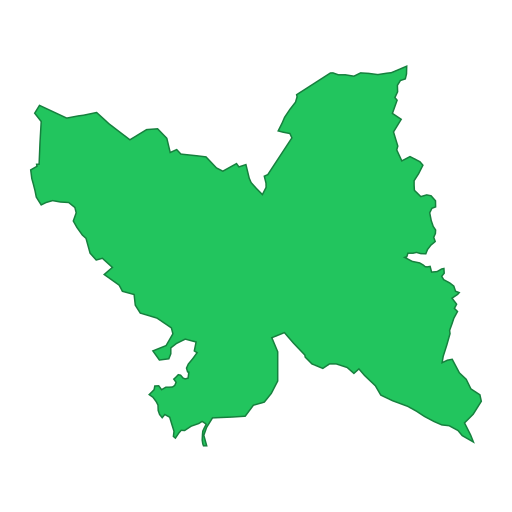 the district of Goudi, Paphos, Cyprus
{"feature_id": "46923920B75616749522000", "entity_name": "Goudi", "entity_type": "district", "adm_level": 2, "iso_a3": "CYP", "parent_name": "Cyprus", "parent_adm1": "Paphos", "projection": "mercator", "projection_center": [32.446, 34.992], "detail": "fine", "context": "isolated", "style": "filled", "palette": "green", "viewbox_px": 512, "rotation_deg": 0, "n_neighbors": 0, "source": "geoboundaries", "source_scale": "gbopen_adm2", "svg_char_len": 3287}
<svg xmlns="http://www.w3.org/2000/svg" viewBox="0 0 512 512"><path d="M296.6,94.7L297.1,96.8L295.5,102.2L289.9,109.4L284.6,117.3L282.3,122.7L278.2,130.9L283.1,132.2L289.9,133.5L291.9,137.9L267.8,174.6L264.3,176.2L266.0,183.1L266.1,187.4L262.4,194.6L256.4,188.5L251.1,182.6L249.2,178.2L245.9,164.6L238.9,166.9L236.5,163.6L222.8,171.2L216.4,167.9L206.0,156.9L197.0,155.8L180.9,154.1L176.7,149.6L170.2,152.5L166.8,138.3L157.6,128.8L146.6,129.6L129.9,139.8L109.2,124.0L104.1,119.3L96.6,112.5L83.7,115.2L78.4,115.9L66.7,118.1L39.5,105.4L34.7,113.2L41.2,121.5L40.0,142.7L39.1,164.2L36.6,164.3L37.0,166.3L30.7,169.9L31.8,178.5L33.3,183.9L35.0,190.6L36.3,197.1L41.2,204.9L46.1,202.5L52.6,200.6L60.4,202.0L68.7,202.5L74.9,207.5L76.2,212.8L73.3,221.0L76.9,227.4L82.4,235.1L86.0,238.3L90.1,253.2L96.2,260.0L102.4,258.3L112.4,267.4L104.2,274.5L119.1,285.1L120.1,286.9L122.4,291.3L134.1,294.5L135.3,305.2L140.3,313.1L157.0,318.1L171.4,327.9L172.9,333.8L166.1,345.6L152.9,350.9L159.4,360.0L168.8,358.8L170.8,353.8L170.8,347.9L176.4,343.5L185.2,339.1L196.1,342.0L194.3,350.9L197.1,352.7L192.9,358.5L188.3,364.1L186.5,368.1L187.6,371.9L188.8,372.2L188.1,378.1L185.2,378.9L183.1,378.1L180.6,375.2L178.3,374.7L175.7,377.4L173.8,379.1L176.1,382.3L174.7,385.5L172.5,387.0L169.3,387.2L165.9,387.2L161.6,389.7L158.7,385.8L154.8,386.0L154.1,389.7L149.2,394.6L152.9,397.2L156.2,401.6L158.0,405.1L158.2,410.5L159.6,414.5L162.2,417.7L164.8,414.5L169.7,417.2L171.8,424.2L174.0,431.3L173.4,436.4L175.4,438.1L178.9,432.9L181.2,430.3L184.6,430.5L191.3,426.1L198.8,423.5L202.1,421.4L204.5,422.9L206.2,424.3L204.3,427.9L202.8,431.1L202.5,434.1L202.2,440.1L202.8,443.9L203.5,445.8L206.7,445.8L203.8,435.3L206.6,427.4L212.5,417.9L216.5,417.7L232.9,417.0L235.8,416.8L245.2,416.2L253.4,405.2L264.3,402.1L271.3,393.4L277.7,381.0L277.7,373.1L277.7,351.8L271.8,337.7L284.4,332.6L293.4,343.0L304.9,355.1L305.2,357.1L311.9,363.9L322.8,368.4L329.5,363.9L336.2,363.9L347.2,367.5L353.9,373.4L358.9,368.9L364.5,375.4L375.4,385.8L380.8,395.1L392.5,400.7L407.6,406.3L416.3,411.1L424.4,416.4L434.0,421.5L441.8,424.9L449.1,425.7L458.0,430.5L462.2,435.6L473.4,442.0L470.6,435.0L464.5,422.9L473.2,414.2L481.3,401.3L479.9,394.8L470.9,388.9L466.2,379.3L459.4,372.9L452.2,359.3L447.4,360.2L442.1,362.7L443.2,356.3L446.8,345.0L450.0,333.7L449.6,330.4L452.1,323.5L453.8,318.3L457.5,311.5L454.4,308.4L456.6,304.2L452.0,298.2L457.6,294.4L459.2,292.6L455.5,291.2L453.8,286.1L450.0,283.1L443.7,279.7L441.7,276.3L444.2,273.2L443.9,268.5L441.6,269.0L437.1,271.6L431.6,272.1L430.1,266.4L427.3,266.9L425.2,266.7L423.2,265.0L419.6,262.9L412.2,261.4L404.7,257.4L406.8,256.7L407.9,253.2L413.0,253.2L416.5,252.4L420.7,253.6L425.8,253.8L427.5,249.5L430.8,245.2L435.2,241.5L433.7,237.3L435.4,233.5L435.6,230.0L433.2,226.4L431.2,220.5L429.7,212.8L431.9,208.3L435.6,206.9L435.5,200.8L431.1,195.8L426.7,194.9L420.8,196.6L414.4,190.3L414.1,185.3L414.1,180.7L418.6,173.7L422.9,165.2L419.9,161.7L410.0,156.6L401.8,160.9L396.7,149.9L397.8,146.1L395.9,139.9L393.5,131.9L401.2,119.3L392.4,113.4L397.1,100.2L394.9,97.6L397.6,91.8L397.4,85.3L400.4,80.5L405.3,78.9L406.5,73.9L406.7,66.2L391.3,72.7L386.9,73.2L377.8,74.6L368.7,73.4L360.6,72.9L353.9,76.2L345.3,74.8L338.3,74.8L333.0,72.9L330.4,73.0L296.6,94.7Z" fill="#22c55e" stroke="#15803d" stroke-width="1.5"/></svg>